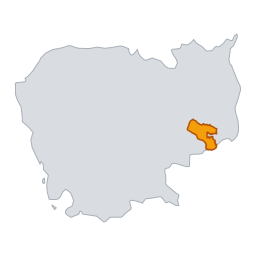 location of Kaev Seima, Môndól Kiri, Cambodia
{"feature_id": "14789045B63599255468551", "entity_name": "Kaev Seima", "entity_type": "district", "adm_level": 2, "iso_a3": "KHM", "parent_name": "Cambodia", "parent_adm1": "Môndól Kiri", "projection": "orthographic", "projection_center": [106.845, 12.41], "detail": "fine", "context": "in_parent", "style": "filled", "palette": "amber", "viewbox_px": 256, "rotation_deg": 0, "n_neighbors": 0, "source": "geoboundaries", "source_scale": "gbopen_adm2", "svg_char_len": 6754}
<svg xmlns="http://www.w3.org/2000/svg" viewBox="0 0 256 256"><path d="M236.8,34.0L237.5,36.5L235.7,41.0L233.8,45.2L230.3,48.8L230.1,51.5L228.9,59.4L229.4,62.0L230.2,64.1L231.4,65.3L234.5,73.1L237.3,80.1L240.1,85.9L240.6,89.6L238.1,98.9L235.1,107.5L235.4,111.8L236.7,116.0L238.1,121.7L238.6,129.0L237.9,133.8L236.5,136.7L234.0,139.7L231.7,141.3L229.0,138.7L226.8,138.6L223.9,139.4L221.6,140.6L217.0,145.0L211.9,149.3L204.7,150.4L202.0,153.6L199.0,154.1L193.4,154.2L189.7,155.0L189.8,156.6L189.5,164.2L189.6,166.0L189.0,166.5L186.5,166.7L182.2,165.5L176.3,163.6L172.2,163.3L170.0,166.6L168.7,167.9L167.1,168.1L165.5,168.7L164.9,170.1L164.8,172.0L165.6,175.2L165.9,180.2L165.6,183.6L167.2,185.8L176.1,193.1L178.7,194.9L179.0,196.0L177.5,200.0L178.8,205.6L176.0,205.5L171.4,203.0L169.1,201.6L166.4,202.7L165.5,202.5L163.6,199.8L161.2,197.0L158.8,196.8L153.6,197.8L148.2,198.6L146.2,198.6L145.4,199.1L142.3,203.2L140.9,202.5L135.6,200.9L130.7,200.2L129.7,201.3L130.2,204.7L131.3,208.0L130.7,209.4L128.0,211.2L124.4,214.3L122.2,216.7L120.7,217.3L115.2,217.1L109.8,217.4L107.6,219.7L105.6,221.5L103.8,222.0L96.8,216.2L82.8,214.1L81.3,211.5L80.0,211.0L78.7,214.3L70.9,217.3L67.7,215.4L65.4,213.1L65.8,210.3L68.0,208.0L71.9,206.4L73.7,200.6L70.9,193.2L68.3,191.0L65.7,189.3L62.8,192.0L60.4,196.7L57.9,199.1L54.4,199.6L49.2,199.3L47.3,192.2L46.7,186.2L47.5,179.3L48.4,175.3L43.5,169.6L43.3,164.2L41.0,161.5L40.2,162.8L40.3,164.4L39.6,163.3L32.1,147.4L30.9,140.1L32.3,134.6L33.1,132.7L30.9,129.7L27.8,126.3L22.4,121.8L22.1,114.9L21.0,106.7L19.4,103.9L16.9,98.8L15.6,94.6L15.4,83.5L16.1,82.7L20.0,82.4L25.1,81.7L25.9,79.9L25.0,78.4L28.3,76.0L33.0,70.6L36.7,64.9L39.3,61.3L40.9,57.8L46.1,52.8L53.3,49.4L58.2,48.6L63.2,47.5L68.1,45.8L70.4,45.7L76.4,47.8L79.6,48.4L83.0,48.4L86.5,48.6L89.6,48.5L97.0,47.1L104.8,48.3L111.8,47.5L120.4,45.9L124.6,47.0L128.5,48.7L129.0,52.0L129.9,53.6L131.2,54.8L132.9,54.8L135.1,52.4L137.0,50.0L137.6,49.6L137.7,50.8L138.5,53.4L140.2,56.0L141.8,57.7L144.6,60.0L146.4,60.1L152.3,58.0L161.2,61.2L162.2,62.8L165.0,65.9L168.1,68.2L175.0,68.4L177.5,62.8L176.3,59.4L172.4,53.4L171.4,49.9L172.6,49.3L179.3,48.6L180.4,47.9L181.9,44.1L183.7,44.5L187.4,45.0L191.3,42.4L193.6,39.6L194.9,40.9L196.2,42.8L197.7,44.0L200.6,45.6L203.6,48.0L205.6,50.3L207.1,51.2L211.1,50.6L212.1,50.6L214.4,47.8L216.1,46.3L217.4,46.8L219.4,46.7L223.6,43.2L225.9,39.9L227.2,39.0L230.9,40.6L232.4,40.3L234.5,35.8L236.8,34.0ZM44.8,182.9L44.0,183.3L43.3,183.3L42.6,182.7L42.7,180.1L43.3,178.6L44.5,178.3L44.8,182.9ZM56.2,207.9L54.6,209.6L52.2,206.1L52.2,205.1L56.2,207.9Z" fill="#d9dde1" stroke="#a8b0b8" stroke-width="1"/><path d="M189.9,122.1L189.3,123.0L189.2,123.2L189.2,124.1L189.0,124.9L187.9,127.4L187.5,128.4L187.4,129.4L187.4,129.6L187.5,129.7L187.8,130.1L188.2,130.4L189.0,130.7L193.3,133.5L193.5,133.5L193.7,133.4L193.8,133.5L194.1,133.5L194.3,133.6L194.5,133.9L194.4,134.0L194.5,134.1L194.9,134.3L195.4,134.4L195.6,134.7L195.8,134.8L196.0,134.8L196.3,135.0L196.9,136.5L197.4,137.9L197.7,138.5L198.0,138.9L198.5,139.1L198.8,139.3L199.4,139.3L199.6,139.4L199.9,139.6L200.4,139.7L201.1,140.0L201.8,140.0L202.2,140.2L203.0,140.7L203.5,140.8L203.9,141.1L204.2,141.5L204.3,141.6L204.5,141.8L204.7,142.2L204.9,142.5L205.1,142.7L205.6,143.3L205.8,143.7L206.0,143.9L206.2,144.2L206.3,144.4L206.3,144.6L206.1,144.9L206.1,145.1L206.2,145.6L206.2,145.8L205.9,146.1L206.1,146.4L206.1,146.6L206.2,146.8L206.0,147.4L205.9,147.7L206.0,148.0L206.0,148.3L206.2,148.5L206.2,148.8L206.2,149.1L206.5,149.2L206.8,149.3L206.9,149.2L207.0,149.1L207.3,149.1L207.5,149.2L207.5,149.3L207.7,149.5L208.1,149.5L208.3,149.6L208.6,149.8L208.7,149.7L208.8,149.7L209.1,149.7L209.4,149.5L209.5,149.6L209.9,149.6L210.0,149.5L210.4,149.8L210.6,149.9L210.8,149.8L211.0,149.8L211.2,150.0L211.5,149.9L211.7,150.0L211.9,149.8L212.2,149.7L212.5,149.8L212.6,149.6L212.8,149.5L213.3,149.4L214.9,148.8L215.5,148.1L216.1,147.7L216.3,147.2L216.4,146.8L216.3,146.6L216.4,146.2L216.5,146.2L216.6,145.9L216.4,145.6L216.4,145.4L216.3,145.2L216.4,144.9L216.3,144.6L216.2,144.6L215.9,144.6L215.6,144.7L215.6,144.4L215.7,143.8L215.7,143.7L215.4,143.6L215.2,143.4L215.3,143.3L215.1,143.1L215.1,142.9L215.0,142.7L215.0,142.4L215.0,142.2L214.9,142.2L215.1,141.9L215.0,141.7L215.1,141.4L215.3,141.2L215.0,140.7L214.8,140.2L214.6,140.2L214.3,140.0L214.2,139.8L213.9,139.7L213.5,139.4L213.3,139.4L213.2,139.3L213.1,139.0L212.8,138.7L212.8,138.4L212.8,138.0L212.7,137.9L212.6,137.7L212.5,137.3L212.7,137.2L212.8,137.1L212.7,136.9L212.8,136.7L212.6,136.5L212.4,136.6L212.2,136.6L211.8,136.6L211.7,136.7L211.8,136.8L211.7,136.8L211.4,136.8L211.3,137.0L211.2,137.1L210.8,137.1L210.6,137.1L210.2,137.2L210.1,137.4L209.9,137.2L209.8,137.3L209.8,137.5L209.6,137.4L209.4,137.4L209.4,137.5L209.3,137.4L209.2,137.3L209.1,137.2L209.1,137.4L208.9,137.5L209.0,137.7L208.9,137.7L208.6,137.6L208.7,137.4L208.4,137.4L208.3,137.2L208.2,137.2L208.2,137.3L207.9,137.2L207.7,137.1L207.5,137.3L207.5,137.2L207.4,137.2L207.3,137.4L207.2,137.3L207.1,137.2L207.0,132.5L207.2,132.4L207.2,132.5L207.2,132.4L207.3,132.3L207.5,132.4L207.9,132.4L207.8,132.6L207.9,132.9L208.1,132.9L208.2,133.1L208.3,133.0L208.6,133.1L208.7,133.4L208.8,133.4L209.0,133.5L209.1,133.4L209.3,133.5L209.5,133.5L209.8,133.7L209.9,133.9L210.0,134.1L210.1,133.9L210.4,133.8L210.4,134.1L210.6,134.2L210.8,134.1L211.0,134.2L211.1,134.3L211.2,134.2L211.3,134.3L211.4,134.2L211.5,134.2L211.7,133.9L211.9,133.8L211.9,134.0L212.0,134.1L212.2,133.9L212.4,134.0L212.5,133.9L212.8,133.8L213.0,133.8L213.3,133.9L213.5,133.8L213.4,133.7L213.5,133.6L213.8,133.6L214.0,133.5L214.3,133.6L214.5,133.6L214.8,133.5L215.0,133.4L215.1,133.5L215.2,133.4L215.4,133.5L215.6,133.4L215.9,133.4L216.3,133.7L216.5,133.7L216.5,132.7L216.3,132.7L216.5,132.5L216.3,132.3L216.2,132.1L216.3,131.8L216.3,131.3L216.5,130.6L216.4,130.3L216.5,130.2L216.5,129.6L216.7,128.9L216.1,128.5L215.3,128.3L214.9,128.1L214.3,127.7L213.4,127.0L212.8,126.6L212.5,126.5L212.0,126.4L210.7,125.9L210.4,125.7L210.4,125.4L210.2,125.3L210.1,125.2L209.9,125.0L209.9,124.9L209.9,124.7L209.7,124.7L209.5,124.9L209.4,124.9L209.3,125.0L209.2,124.9L208.7,125.1L208.6,125.3L208.2,125.2L207.9,125.1L207.6,125.1L206.8,124.4L206.5,124.5L206.4,124.7L206.1,124.6L205.9,124.6L205.0,124.9L204.7,124.8L204.5,124.6L204.4,124.4L204.2,124.3L203.9,124.3L203.7,123.8L203.2,123.9L203.0,124.0L202.9,124.3L202.6,124.5L202.4,124.4L202.2,124.5L202.2,124.8L202.1,125.0L201.7,125.0L200.9,124.7L200.0,124.5L199.6,124.3L199.0,123.6L198.4,123.3L198.1,123.2L197.8,123.2L197.4,122.8L197.0,122.5L196.3,121.3L196.1,121.1L195.7,120.8L194.3,120.3L194.0,120.1L193.7,120.0L193.6,119.9L193.2,119.7L193.1,119.4L192.9,119.5L192.6,119.5L192.3,119.8L192.0,119.9L191.0,120.6L190.7,120.8L190.3,121.2L189.9,122.1Z" fill="#f59e0b" stroke="#b45309" stroke-width="1.5"/></svg>